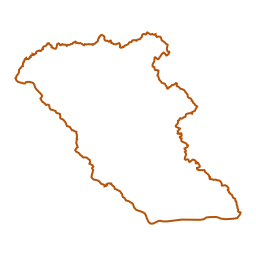 outline of Entrerrios, Antioquia, Colombia
{"feature_id": "7082276B40374879767570", "entity_name": "Entrerrios", "entity_type": "district", "adm_level": 2, "iso_a3": "COL", "parent_name": "Colombia", "parent_adm1": "Antioquia", "projection": "mercator", "projection_center": [-75.561, 6.592], "detail": "fine", "context": "isolated", "style": "outline", "palette": "amber", "viewbox_px": 256, "rotation_deg": 0, "n_neighbors": 0, "source": "geoboundaries", "source_scale": "gbopen_adm2", "svg_char_len": 5694}
<svg xmlns="http://www.w3.org/2000/svg" viewBox="0 0 256 256"><path d="M240.6,212.5L240.1,212.2L239.1,212.2L238.1,211.5L238.3,209.7L237.4,208.1L237.5,206.6L236.8,205.5L236.6,203.1L236.3,202.7L236.3,201.4L235.5,201.0L235.2,199.1L234.9,198.6L234.0,198.3L233.2,197.8L231.8,194.7L230.5,194.1L229.8,193.0L228.8,192.2L228.8,191.4L227.7,190.0L228.5,189.4L228.3,187.8L226.6,185.9L225.0,185.2L222.1,185.7L221.7,184.9L221.7,183.7L221.2,182.4L220.2,181.2L219.0,180.4L217.4,180.4L216.0,179.7L215.0,179.6L213.7,179.9L211.5,179.1L209.9,179.1L209.6,178.7L210.0,177.7L209.9,176.9L209.2,176.7L209.0,175.5L208.1,174.4L205.2,172.0L204.4,170.1L198.7,170.1L197.5,169.5L196.9,168.7L197.0,167.9L199.4,167.2L199.8,166.5L199.7,165.9L199.2,164.5L198.2,163.7L197.9,162.7L197.2,162.4L196.2,163.4L195.8,163.3L195.6,161.0L195.2,160.5L193.3,159.6L192.5,159.7L190.1,161.8L189.4,161.9L188.2,159.5L187.6,159.3L185.6,159.8L184.8,159.2L184.9,157.5L186.2,154.4L186.0,153.6L184.9,152.0L185.7,151.4L185.9,150.8L184.6,149.0L184.5,148.5L185.9,147.9L187.5,146.8L187.9,146.1L187.9,145.3L187.4,144.8L186.8,144.8L186.4,143.7L185.6,143.1L182.3,141.7L181.5,141.1L181.3,140.2L181.6,138.6L180.8,138.6L179.7,137.0L179.9,136.7L181.3,136.3L181.5,136.0L181.7,135.3L181.3,133.3L180.7,133.3L179.9,134.0L179.0,133.3L178.1,133.8L177.5,133.3L178.0,132.1L177.7,131.0L179.8,129.1L180.0,128.5L176.4,127.0L175.8,126.5L175.7,126.0L176.0,125.3L177.8,123.5L178.0,120.8L178.3,120.5L179.3,120.1L179.7,118.6L180.5,118.2L181.8,118.7L183.9,117.2L185.2,116.9L185.5,116.7L185.8,114.7L186.8,113.8L190.0,113.1L192.1,113.7L192.2,113.2L191.9,112.3L195.1,110.6L195.5,109.3L197.2,106.5L195.2,105.1L194.2,103.5L193.2,102.9L192.5,101.0L191.6,100.7L191.6,99.9L190.9,98.6L189.0,97.9L188.0,97.0L187.6,96.0L187.6,94.6L185.1,91.6L184.4,90.3L182.4,89.2L180.5,88.8L178.6,86.8L177.0,86.2L176.7,85.8L176.9,83.6L176.6,83.2L175.9,83.1L173.8,84.8L171.7,85.2L170.6,86.6L169.3,87.0L168.2,88.4L167.5,88.6L166.9,88.0L166.6,86.4L165.8,85.7L165.1,84.1L164.4,83.6L162.9,83.2L161.6,82.6L160.6,81.1L159.1,79.5L158.3,76.3L157.4,75.6L158.4,72.7L158.2,71.5L158.5,70.7L157.9,70.2L155.2,70.0L154.7,69.3L154.4,67.2L153.0,66.7L152.6,66.3L152.6,64.3L154.3,61.3L154.6,57.7L155.0,57.3L155.5,57.3L157.5,59.1L158.4,59.2L161.9,54.0L163.4,52.6L164.1,52.7L164.4,53.2L165.9,54.5L166.2,55.4L166.6,55.5L167.2,55.2L168.7,53.8L169.4,52.3L169.2,51.7L168.1,51.7L167.6,51.3L166.9,50.0L166.9,47.7L167.6,45.5L167.6,44.7L166.1,43.9L165.0,42.6L161.9,40.4L161.5,39.8L161.2,38.1L160.4,36.9L158.6,36.5L156.7,37.0L155.7,35.2L155.6,34.1L154.2,34.8L153.4,34.7L152.4,33.9L150.6,34.5L147.2,32.4L146.9,32.6L146.3,34.0L145.8,34.5L143.9,33.9L142.8,34.3L142.1,35.2L142.0,36.7L140.9,37.8L139.9,39.2L137.3,39.7L136.3,40.8L135.0,40.1L132.7,40.3L132.2,40.7L131.5,42.0L129.4,42.3L128.0,44.3L124.5,45.8L123.4,47.1L122.5,47.0L121.7,47.7L120.6,47.6L120.0,47.3L120.1,45.1L119.3,43.2L118.2,43.5L117.5,43.5L116.0,44.4L113.7,44.1L112.3,43.1L111.2,42.9L111.0,42.3L111.2,41.4L110.7,40.6L110.0,40.7L109.4,41.5L108.8,41.7L107.4,40.7L105.9,40.8L105.1,40.4L104.4,39.4L104.5,36.8L102.9,35.4L101.4,34.9L100.9,35.1L99.7,36.7L99.1,37.1L99.2,37.7L98.4,38.5L97.9,40.8L97.2,41.7L96.0,42.5L95.3,43.5L93.8,43.9L92.9,44.9L92.1,44.2L89.7,44.3L88.5,44.1L86.7,44.5L84.9,44.1L84.5,44.9L84.0,45.3L80.6,43.1L78.5,43.3L76.8,42.6L76.2,43.0L75.7,41.9L75.3,41.6L73.8,42.6L73.2,42.6L72.2,43.9L71.2,44.0L69.9,44.7L67.4,44.9L66.8,45.9L65.3,44.7L63.1,44.7L62.5,44.1L60.9,45.2L60.1,45.2L59.3,43.7L58.6,43.4L57.2,44.1L56.9,44.8L56.8,46.6L56.2,47.9L55.8,48.6L54.8,48.8L53.0,48.0L52.3,47.4L51.5,47.3L51.7,46.0L51.5,45.6L50.9,45.3L50.4,44.7L49.4,44.4L49.1,43.4L48.2,43.2L47.4,43.6L46.9,44.7L46.2,45.5L45.2,46.2L44.0,46.3L43.3,47.0L42.5,48.2L43.0,48.8L42.9,49.3L41.7,49.8L40.7,51.0L40.0,51.1L39.2,50.5L37.2,51.2L36.1,52.2L36.1,53.4L35.5,53.5L34.9,54.1L34.2,54.4L33.7,55.1L33.3,54.9L32.9,53.9L32.6,53.8L32.8,55.0L31.0,55.4L30.7,55.8L30.7,57.2L30.1,57.5L30.0,57.2L29.7,57.2L28.8,58.9L26.4,59.1L26.1,58.0L25.5,58.5L25.2,59.1L24.7,59.4L24.3,61.2L24.1,61.5L23.6,61.6L23.7,62.4L22.9,63.3L23.0,64.2L22.5,65.7L22.8,66.1L21.8,66.5L19.1,69.8L18.9,70.1L19.1,71.8L18.3,73.7L16.3,76.3L16.4,76.9L16.1,77.7L15.4,78.2L16.5,80.5L18.2,82.0L24.1,83.5L25.1,83.4L26.0,82.1L27.9,81.9L29.6,81.9L31.0,82.3L32.7,82.8L33.6,83.5L34.2,84.3L34.9,87.0L36.2,89.1L41.4,94.5L42.1,95.8L41.9,96.7L40.4,98.6L42.4,101.9L43.0,102.1L44.7,103.4L45.9,104.9L48.0,104.6L49.0,105.1L49.8,108.4L50.9,109.7L52.6,109.9L55.1,110.9L55.7,111.2L56.1,112.5L56.7,113.0L59.8,113.8L60.3,116.0L60.1,117.2L60.4,118.3L60.8,118.7L62.1,119.0L63.5,119.9L65.7,122.7L66.9,126.0L69.8,126.9L72.0,130.3L73.5,130.4L74.6,131.3L76.4,131.8L76.4,133.5L76.9,134.8L76.9,137.7L76.6,138.4L77.2,139.2L76.6,140.2L76.6,141.2L76.2,142.9L77.7,147.2L76.4,148.1L75.2,150.2L76.1,151.6L78.7,152.9L80.5,155.2L81.6,155.7L82.6,157.1L83.3,157.5L83.7,157.3L86.5,157.5L89.8,160.1L90.1,162.0L89.4,163.7L92.4,165.1L93.3,166.7L92.3,167.6L92.0,168.3L93.2,170.0L91.4,176.8L91.8,177.6L93.0,179.1L93.9,179.6L96.6,180.1L98.6,180.9L99.8,182.0L101.0,183.7L103.8,184.7L104.4,185.3L104.5,186.3L105.0,186.0L105.9,186.0L106.3,184.7L106.9,185.0L107.1,184.0L108.3,183.4L109.9,183.4L110.6,183.9L111.3,183.6L112.2,185.4L114.3,186.8L114.7,188.8L117.0,189.7L120.2,191.4L121.1,193.0L122.2,194.1L122.4,196.0L122.9,197.1L124.6,198.0L125.8,200.3L128.7,201.2L132.0,203.1L133.0,204.2L134.1,207.4L135.7,209.4L137.0,210.2L141.9,211.8L144.5,213.2L146.1,215.6L146.5,217.6L148.7,222.2L150.6,223.6L153.1,223.6L158.6,220.9L160.6,220.8L162.7,221.4L167.2,221.4L181.8,219.6L200.7,219.8L204.1,219.1L205.9,217.7L206.9,217.4L210.1,217.1L216.1,217.0L218.6,217.6L220.4,218.5L225.2,219.2L233.5,218.7L237.1,218.1L237.6,217.7L238.4,216.4L239.6,215.2L240.6,212.5Z" fill="none" stroke="#b45309" stroke-width="2"/></svg>